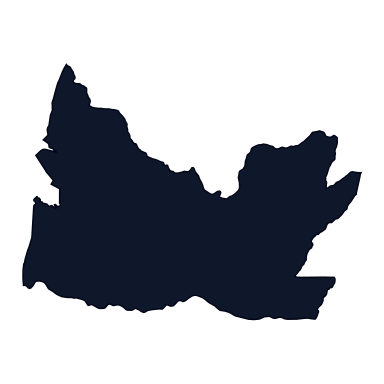 Gnral. Antonio Elizalde, Bolivar, Ecuador
{"feature_id": "8360857B53481091829171", "entity_name": "Gnral. Antonio Elizalde", "entity_type": "district", "adm_level": 2, "iso_a3": "ECU", "parent_name": "Ecuador", "parent_adm1": "Bolivar", "projection": "natural_earth1", "projection_center": [-79.193, -2.142], "detail": "fine", "context": "isolated", "style": "filled", "palette": "ink", "viewbox_px": 384, "rotation_deg": 0, "n_neighbors": 0, "source": "geoboundaries", "source_scale": "gbopen_adm2", "svg_char_len": 5945}
<svg xmlns="http://www.w3.org/2000/svg" viewBox="0 0 384 384"><path d="M52.4,110.4L50.5,115.1L49.0,125.6L47.8,127.5L47.3,129.4L47.2,130.1L48.0,134.1L47.9,134.8L47.5,135.7L43.3,139.9L47.5,142.8L48.3,143.6L48.9,144.5L49.1,147.0L49.4,147.4L50.4,147.9L52.8,148.5L53.1,148.8L53.5,149.8L55.9,150.8L56.2,152.2L45.5,149.4L43.1,149.4L41.1,150.5L35.9,155.4L45.3,170.0L46.5,172.1L53.4,180.3L51.2,184.2L59.7,188.7L59.6,203.1L60.5,204.5L59.7,206.3L58.9,206.2L58.6,206.5L58.0,207.5L57.1,206.1L55.6,204.7L55.2,204.5L54.5,204.7L54.6,205.2L55.9,207.4L55.7,208.0L54.4,207.5L52.1,205.8L51.5,205.6L49.7,206.4L49.2,206.4L48.4,205.9L47.1,204.3L44.9,203.6L43.1,203.5L42.2,202.1L41.8,201.9L39.4,201.8L39.3,201.5L40.3,200.5L40.2,199.6L39.2,198.2L37.4,197.9L37.1,196.7L36.6,196.7L35.1,198.7L34.5,198.6L33.8,200.2L34.2,201.0L35.1,201.2L35.2,202.1L35.8,202.9L35.6,204.1L34.0,205.3L33.7,207.4L31.9,237.6L29.1,246.9L27.9,249.9L25.2,259.2L24.3,264.1L23.8,264.0L23.1,269.9L23.0,275.7L23.0,278.5L23.5,285.4L24.3,285.3L25.6,285.5L26.8,286.2L28.4,288.0L29.8,288.4L31.0,287.8L32.5,286.2L33.6,284.7L34.7,282.6L35.9,281.2L39.4,280.9L42.4,281.6L44.2,282.4L46.0,284.4L48.1,288.0L48.9,289.0L53.0,291.4L56.6,294.2L61.7,296.6L67.0,297.4L72.1,297.5L74.1,298.1L76.2,297.8L82.4,299.4L85.0,300.7L88.0,305.2L88.9,305.4L90.2,304.8L91.6,304.5L93.1,305.1L97.7,307.8L99.3,308.4L102.8,308.4L104.4,308.1L105.1,307.8L108.2,304.2L110.1,304.1L113.0,305.4L113.8,305.5L117.1,304.8L118.6,304.9L119.9,305.2L121.6,306.0L123.5,307.2L126.1,309.6L127.4,310.1L131.4,310.2L132.8,309.8L134.7,308.6L135.8,308.4L139.6,310.1L140.6,311.0L142.5,312.0L143.6,312.4L144.6,312.2L148.0,310.3L152.7,309.5L158.7,308.9L162.3,309.0L163.7,307.7L166.1,305.1L166.8,304.8L167.5,304.9L170.5,306.1L172.4,305.9L173.4,305.6L174.3,304.9L177.7,301.3L178.5,300.8L179.6,300.5L180.5,300.5L182.9,301.5L183.8,301.3L185.2,300.7L186.6,299.8L187.8,298.6L192.0,296.0L193.7,295.4L196.4,295.2L202.6,297.6L204.7,299.0L208.9,302.5L215.8,306.4L216.0,307.1L220.1,310.3L224.9,311.0L229.4,312.4L235.2,315.8L248.6,319.2L254.2,319.5L259.3,319.0L264.8,316.6L268.7,316.4L269.7,316.4L273.1,318.0L274.2,318.3L275.9,318.2L279.2,317.2L280.9,317.3L282.6,317.8L284.5,318.7L287.2,319.2L296.9,319.1L305.5,318.1L308.7,318.1L310.0,318.5L315.1,319.1L316.3,317.5L317.3,315.3L317.8,313.5L318.5,311.9L318.3,310.9L317.2,309.7L317.3,309.0L318.8,306.9L321.2,304.6L321.8,303.6L323.1,300.4L322.9,298.8L323.3,297.7L325.3,295.8L326.3,294.6L326.6,293.7L327.2,290.0L327.9,289.3L328.8,289.3L329.6,288.1L330.0,287.8L332.0,287.4L334.7,282.5L335.0,280.1L334.9,278.8L334.3,277.4L324.0,277.2L301.2,277.4L297.0,277.2L294.8,276.5L295.4,275.2L297.3,273.2L298.7,271.2L300.4,269.5L302.0,265.8L302.5,265.2L303.5,264.7L304.8,261.7L306.2,259.9L306.2,257.0L306.8,254.1L307.6,252.2L309.2,249.4L311.5,247.8L311.9,246.4L312.7,245.2L312.6,243.6L311.2,242.0L311.1,241.3L311.2,240.7L313.1,237.7L315.5,235.6L316.3,234.3L318.2,234.4L319.9,232.5L322.4,231.2L323.7,230.1L324.8,229.5L325.6,228.4L326.9,224.6L328.0,223.2L329.3,222.5L331.4,222.5L331.9,222.3L335.2,219.1L335.9,218.8L337.3,218.6L337.9,218.3L341.9,214.5L344.4,210.9L346.8,209.0L347.4,206.4L348.1,204.9L351.4,200.8L354.7,195.5L356.3,194.3L356.2,193.3L359.8,177.2L360.1,175.1L360.5,173.6L361.0,172.7L358.1,172.7L352.3,171.8L351.0,172.1L350.2,172.6L347.5,175.2L345.8,176.3L344.8,177.4L343.0,178.5L339.6,181.2L336.5,182.5L334.4,184.9L333.9,185.3L332.7,185.7L330.5,186.0L328.5,187.5L326.5,188.7L326.2,188.0L326.2,185.0L326.6,182.5L326.1,181.4L325.4,180.3L325.4,179.8L325.8,178.8L325.4,177.2L326.7,174.8L329.0,167.3L330.3,165.3L331.0,163.5L332.3,161.5L334.5,159.7L334.9,159.0L334.9,155.6L335.4,153.7L334.9,151.7L335.0,150.0L335.5,148.5L336.3,146.9L337.3,142.7L337.1,137.5L334.6,135.7L333.7,135.5L331.6,136.9L330.3,137.3L329.0,137.2L326.5,136.6L325.7,135.8L324.2,132.8L323.2,132.1L319.5,130.9L317.2,131.6L312.5,132.4L310.0,135.8L303.3,142.1L302.6,142.2L299.1,145.1L297.5,145.7L295.6,145.9L293.3,146.6L291.0,146.2L287.8,147.7L285.9,148.2L284.8,148.0L282.9,147.4L281.8,147.3L278.5,148.8L277.2,149.0L275.7,148.8L274.8,148.4L273.1,146.8L272.1,146.3L270.4,146.0L266.9,144.7L263.5,144.1L261.3,144.7L258.2,145.0L255.1,146.3L252.3,147.8L251.4,148.9L250.9,151.3L250.3,152.4L249.3,153.5L247.8,154.6L247.0,155.9L246.4,158.6L245.5,161.0L245.0,166.1L243.1,169.1L240.3,170.8L239.5,171.8L239.2,172.6L238.9,175.1L238.4,177.5L239.5,182.9L239.6,187.4L239.2,189.3L238.0,191.0L235.0,193.9L232.3,195.8L229.7,196.7L227.0,198.9L226.5,199.0L222.1,198.2L219.0,197.0L220.6,193.1L220.7,192.5L220.4,191.8L219.7,191.2L217.8,191.4L216.8,191.9L214.1,193.9L212.3,194.4L211.0,194.2L209.6,193.5L204.4,190.1L203.5,188.4L202.5,185.0L201.6,182.8L199.3,178.6L198.5,176.0L195.1,171.6L194.2,169.0L193.7,168.1L193.3,167.8L192.7,167.6L191.9,167.8L190.3,170.2L189.2,171.2L188.2,171.7L187.0,171.8L184.7,171.4L183.5,171.6L181.8,172.3L177.5,173.2L174.7,173.0L173.2,171.6L171.0,171.1L170.0,170.6L168.5,168.2L167.5,165.3L166.9,165.2L165.5,165.5L164.7,165.4L164.1,164.7L163.6,163.1L163.0,162.4L160.6,161.8L156.4,159.9L151.9,158.6L147.2,156.5L146.7,155.8L146.7,154.7L145.9,153.2L145.1,152.7L143.7,152.4L142.6,151.6L141.4,151.4L140.3,150.1L138.8,149.1L137.8,147.7L136.8,145.4L135.9,143.9L134.5,143.6L133.8,143.1L132.8,142.1L132.2,140.8L130.2,138.6L129.9,138.0L129.8,136.0L129.3,134.3L128.3,132.7L127.6,131.9L127.5,129.0L126.6,126.3L127.0,124.9L127.0,124.3L126.8,123.7L125.2,121.0L124.8,119.3L122.4,116.1L119.2,112.8L118.7,111.9L118.6,111.2L117.0,110.4L114.2,109.8L111.7,109.6L109.4,109.0L104.0,108.9L100.9,108.4L98.3,108.4L94.4,107.9L91.9,107.3L89.7,105.9L89.3,105.1L89.3,104.4L90.1,101.9L90.2,100.8L89.5,98.8L88.2,97.1L87.6,95.0L86.8,93.5L86.6,92.4L86.6,88.6L86.4,88.1L83.5,85.9L82.2,85.7L79.8,83.8L76.4,83.7L75.4,83.5L73.3,82.1L73.1,81.7L73.1,80.6L74.1,79.3L74.8,78.6L75.0,77.0L73.8,74.7L73.2,72.2L71.0,68.8L70.4,67.5L69.6,66.8L67.4,65.7L66.4,64.5L64.4,67.8L62.6,71.5L58.8,81.2L58.0,82.4L56.3,88.1L53.6,98.2L52.1,103.0L52.3,104.7L52.4,110.4Z" fill="#0f172a" stroke="#020617" stroke-width="1.5"/></svg>